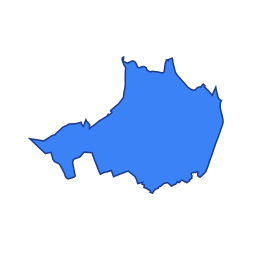 outline of Orizaba, Veracruz, Mexico, rotated 344°
{"feature_id": "50627088B96459936323530", "entity_name": "Orizaba", "entity_type": "district", "adm_level": 2, "iso_a3": "MEX", "parent_name": "Mexico", "parent_adm1": "Veracruz", "projection": "natural_earth1", "projection_center": [-97.104, 18.859], "detail": "fine", "context": "isolated", "style": "filled", "palette": "blue", "viewbox_px": 256, "rotation_deg": 344, "n_neighbors": 0, "source": "geoboundaries", "source_scale": "gbopen_adm2", "svg_char_len": 5768}
<svg xmlns="http://www.w3.org/2000/svg" viewBox="0 0 256 256"><g transform="rotate(344 128 128)"><path d="M143.3,58.6L142.7,58.7L142.4,58.9L142.1,59.1L141.7,59.5L141.3,60.3L141.2,60.8L141.2,61.6L141.4,64.8L141.6,66.7L142.0,67.6L142.3,68.8L142.3,69.3L142.2,70.0L141.9,70.7L141.5,71.7L141.1,72.6L140.5,74.5L140.1,75.9L139.3,78.6L138.8,80.2L138.5,81.2L137.9,83.6L137.4,85.3L137.0,86.3L136.3,88.1L135.9,89.2L135.4,90.1L134.4,91.6L133.9,92.6L133.3,94.2L132.6,96.1L132.4,96.6L131.8,97.6L131.3,98.0L129.4,99.4L128.6,100.0L125.9,102.0L122.4,103.6L120.7,104.3L120.4,104.5L116.5,106.2L116.4,106.3L116.4,106.6L116.0,107.0L116.3,107.3L116.9,108.5L114.9,109.7L113.5,110.0L113.4,110.1L113.2,109.9L112.8,109.3L111.9,110.1L112.0,110.6L111.6,110.7L110.2,111.1L108.6,111.6L106.7,112.1L106.3,112.2L106.0,112.3L105.9,112.3L105.6,112.4L105.3,112.5L105.2,112.5L104.9,112.6L104.6,112.7L103.1,112.9L99.3,114.6L90.8,117.9L92.1,114.4L91.8,114.0L91.2,112.4L90.8,111.2L90.0,110.2L89.8,108.5L87.2,111.9L86.2,113.4L85.3,114.2L84.8,112.8L84.5,111.3L84.5,111.2L84.7,110.8L84.7,110.1L84.5,109.5L83.9,109.7L81.7,109.5L79.1,109.5L78.6,109.4L78.1,109.3L76.3,108.8L72.3,107.9L69.9,108.8L67.6,108.9L65.5,109.3L64.8,109.7L60.9,111.7L56.9,113.6L56.3,114.4L55.5,114.4L52.9,114.4L43.5,117.2L30.7,111.3L41.5,129.8L47.1,130.1L47.3,134.3L47.2,137.6L48.1,140.0L49.7,141.7L51.6,142.9L52.3,144.5L52.9,147.1L53.4,149.3L53.8,151.0L54.5,154.9L54.4,156.6L55.0,159.0L56.5,160.5L62.7,160.3L63.8,159.6L64.0,159.6L65.2,145.9L67.1,143.1L74.0,142.5L79.2,139.1L86.7,141.9L86.7,142.2L86.8,142.7L86.8,143.0L86.8,143.4L86.7,143.6L86.6,143.8L86.6,144.0L86.9,147.5L87.2,151.3L87.8,157.6L87.9,159.4L88.2,161.4L88.7,164.5L88.7,164.9L92.6,164.1L96.1,164.4L99.0,164.5L99.1,164.4L99.2,164.1L99.5,164.1L100.3,164.0L100.5,168.2L100.6,169.5L100.7,170.8L102.2,170.6L103.0,170.6L104.0,170.5L105.3,170.4L107.5,170.1L109.0,170.0L109.7,170.0L112.2,169.7L112.8,169.7L113.5,169.6L114.0,169.6L114.8,169.6L116.4,169.6L121.5,176.8L121.5,177.2L121.6,178.2L122.0,179.9L122.0,184.1L124.5,184.2L127.0,184.3L126.8,184.8L126.1,186.0L128.0,187.4L127.7,188.1L126.9,189.6L128.8,191.0L129.0,190.9L130.7,193.0L132.3,194.5L131.5,195.8L132.5,196.6L133.7,197.4L134.5,196.5L135.0,196.2L135.4,195.6L135.7,195.3L136.1,195.1L136.5,195.0L136.9,194.9L137.5,194.6L138.1,194.4L138.4,194.3L139.6,194.3L140.2,194.3L140.4,194.2L140.7,193.7L141.1,193.4L141.4,193.2L142.1,193.0L142.8,192.9L143.6,192.9L144.0,192.8L144.4,192.6L145.1,192.2L145.9,191.8L146.4,191.5L146.8,191.3L148.1,191.3L148.9,191.4L149.3,191.3L150.1,191.3L150.5,191.3L150.9,191.4L151.1,191.6L151.3,192.1L151.6,192.5L151.9,192.7L152.1,193.0L152.2,193.4L152.4,193.6L152.6,193.8L152.8,194.0L152.9,194.3L152.9,194.6L152.9,194.8L153.0,195.0L153.2,195.3L153.4,195.5L153.6,195.7L153.9,195.8L154.1,195.8L154.4,195.7L154.6,195.7L155.0,195.6L155.3,195.5L155.5,195.4L155.9,195.1L156.0,195.1L156.3,195.1L156.5,195.3L156.9,195.2L157.2,195.1L157.5,195.2L157.8,195.2L158.0,195.0L158.3,195.0L158.7,194.9L159.1,194.8L159.4,194.5L159.6,194.3L159.9,194.0L160.1,193.6L160.3,193.4L160.5,193.2L160.9,193.1L161.1,193.3L161.3,193.7L161.4,194.0L161.8,194.4L162.0,194.5L162.3,194.6L162.6,194.5L162.8,194.4L163.1,194.1L163.5,193.8L163.8,193.6L164.2,193.4L164.5,193.2L164.8,192.9L165.0,193.0L165.4,193.1L165.7,193.1L165.9,193.3L166.1,193.5L166.3,193.7L166.4,193.9L166.5,194.1L166.9,194.5L167.2,194.8L167.5,195.2L167.8,195.5L168.1,195.6L168.5,195.5L168.8,195.7L168.9,196.1L169.2,196.7L169.3,196.8L169.5,196.8L170.4,196.5L170.8,196.3L171.1,196.2L171.6,196.1L171.9,195.8L172.2,195.7L172.4,195.8L172.6,195.7L172.8,195.3L173.0,195.0L173.2,194.7L173.4,194.6L173.6,194.5L174.0,194.4L174.8,194.2L175.4,194.0L175.6,193.6L175.7,193.0L175.9,192.5L176.1,192.2L176.3,191.8L176.3,191.4L176.1,191.1L176.1,190.7L176.1,190.4L176.1,189.9L176.2,189.6L176.2,189.3L176.8,189.1L177.2,188.9L177.6,188.8L178.2,188.8L178.6,188.8L179.0,188.8L180.0,189.2L180.5,189.4L181.1,189.4L181.4,189.3L181.8,189.1L182.2,189.0L182.6,189.0L183.0,189.3L183.0,189.8L182.9,190.3L182.6,190.8L182.1,192.2L182.1,193.0L182.3,193.8L182.6,194.3L182.8,194.4L183.1,194.6L183.3,194.7L183.5,194.9L183.7,195.2L186.8,193.7L189.1,192.5L189.8,192.0L190.4,191.6L191.4,190.7L192.0,189.8L193.6,187.7L194.9,185.9L197.0,182.7L198.5,180.7L200.1,178.4L201.0,177.2L201.2,176.9L201.8,176.0L205.6,170.5L206.0,170.0L207.0,168.6L208.2,166.8L209.8,164.7L212.3,161.4L214.6,158.2L215.4,157.0L217.3,154.3L219.3,151.5L220.5,149.6L221.1,148.4L221.6,146.0L221.8,143.6L221.9,141.1L222.0,138.2L222.1,135.7L222.3,134.0L222.4,133.3L222.9,131.4L223.3,130.3L223.7,129.5L224.8,128.0L225.3,127.3L224.9,127.1L224.5,126.7L223.9,125.8L223.5,125.1L223.3,124.4L223.1,123.6L223.0,122.7L223.3,116.1L223.6,113.0L220.3,116.9L218.0,119.8L217.0,117.5L216.1,115.5L215.3,113.9L212.7,109.2L213.6,108.6L212.5,106.5L210.8,107.4L209.5,108.7L209.3,108.5L207.8,108.2L206.5,108.3L205.6,108.4L204.8,109.0L204.0,109.5L202.2,109.8L201.2,109.7L199.3,108.3L196.9,105.5L194.5,100.4L190.1,91.4L188.8,87.2L189.0,84.8L189.2,77.1L189.7,75.2L189.6,73.0L188.8,73.1L188.0,73.2L187.8,73.2L187.2,73.3L186.3,73.3L185.5,73.5L185.5,74.3L184.5,73.7L184.1,73.1L183.4,73.3L183.4,74.1L182.3,75.2L181.7,76.1L181.4,76.8L180.6,78.4L180.3,79.0L179.9,79.6L179.9,80.7L179.6,80.8L178.5,83.0L178.5,83.8L178.0,84.1L176.5,84.7L172.6,82.6L171.3,81.9L169.9,81.5L167.7,80.4L165.7,80.2L164.9,80.1L164.1,79.5L163.1,78.4L162.6,77.7L162.1,77.7L162.2,75.3L161.3,74.3L160.9,73.6L158.8,72.9L156.5,73.1L156.4,73.3L155.7,73.3L155.4,73.2L154.2,72.3L154.0,72.1L153.8,71.7L153.8,69.0L153.5,69.0L153.2,66.9L152.2,65.5L151.1,65.1L151.1,64.9L150.8,64.8L149.4,64.7L148.0,65.1L146.9,65.1L146.3,65.3L145.7,65.9L145.6,65.7L145.0,65.3L144.7,65.0L143.8,64.2L142.3,63.0L142.0,62.6L142.0,61.4L142.2,61.2L142.6,60.8L142.9,60.0L143.3,58.6Z" fill="#3b82f6" stroke="#1e3a8a" stroke-width="1.5"/></g></svg>